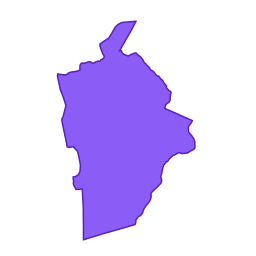 the district of Bela Cruz, Ceará, Brazil, rotated 263°
{"feature_id": "56859067B81960756923809", "entity_name": "Bela Cruz", "entity_type": "district", "adm_level": 2, "iso_a3": "BRA", "parent_name": "Brazil", "parent_adm1": "Ceará", "projection": "albers", "projection_center": [-40.267, -3.072], "detail": "fine", "context": "isolated", "style": "filled", "palette": "violet", "viewbox_px": 256, "rotation_deg": 263, "n_neighbors": 0, "source": "geoboundaries", "source_scale": "gbopen_adm2", "svg_char_len": 2715}
<svg xmlns="http://www.w3.org/2000/svg" viewBox="0 0 256 256"><g transform="rotate(263 128 128)"><path d="M190.3,64.9L188.3,64.3L185.4,64.5L183.4,64.7L179.1,65.1L176.3,65.3L174.1,65.5L171.4,66.3L165.1,67.8L157.9,69.1L156.3,68.5L153.3,67.4L146.7,64.7L145.1,63.5L142.5,63.3L140.9,63.4L137.5,63.7L134.6,63.9L130.9,64.3L128.2,64.5L121.1,65.1L118.6,65.1L116.6,65.4L115.9,66.8L116.1,71.3L111.1,75.0L108.3,75.4L99.8,76.1L96.6,76.2L90.9,75.1L88.9,73.9L87.7,73.1L86.3,70.3L86.1,67.6L84.0,67.4L81.9,67.6L80.0,67.0L78.0,67.1L76.2,67.9L73.5,68.8L73.2,71.1L73.0,73.0L73.0,75.2L53.5,73.8L45.1,72.8L38.3,72.1L22.5,70.2L25.9,89.1L31.3,123.2L33.3,124.2L35.7,124.6L37.2,126.0L38.8,127.5L39.5,129.6L40.8,131.0L42.1,132.3L43.9,132.9L46.6,134.5L48.9,136.7L50.7,138.6L52.4,140.2L54.1,141.4L55.8,142.2L57.5,142.7L59.5,142.7L60.8,143.2L62.0,144.7L64.0,147.2L65.3,149.2L66.4,150.6L67.6,152.0L68.6,153.3L69.7,154.3L71.1,154.9L73.1,155.0L75.8,154.6L77.5,155.2L78.9,156.1L80.9,156.4L82.6,157.2L84.4,157.7L86.7,158.9L88.6,160.7L89.7,162.0L90.2,163.4L91.4,164.5L92.5,165.4L93.9,167.4L95.2,169.1L95.6,171.2L96.7,173.6L97.3,176.0L96.5,177.2L96.0,179.0L95.9,181.3L95.9,183.1L96.3,184.9L97.1,186.4L97.8,188.0L98.6,190.2L99.3,191.5L101.0,192.2L103.2,192.3L105.5,192.6L108.0,192.4L109.7,191.8L111.3,190.9L112.9,190.2L114.3,189.1L116.4,187.7L118.2,187.7L120.0,187.9L121.7,188.1L122.9,188.8L124.2,190.1L125.5,191.6L127.5,192.7L143.0,166.8L144.7,167.5L146.4,168.2L147.7,169.9L148.3,171.4L149.7,172.8L151.5,173.4L153.2,173.5L155.5,174.1L157.5,175.1L159.3,174.6L160.1,173.3L161.4,172.3L163.0,171.1L165.0,171.3L166.7,170.3L168.4,169.0L170.9,168.3L172.5,166.6L174.2,165.7L175.8,164.7L176.2,163.2L177.9,161.9L180.1,160.8L181.6,159.5L183.0,157.4L184.9,156.7L186.3,155.9L187.3,154.9L189.0,153.8L191.1,152.0L193.2,151.4L195.5,150.1L197.0,149.3L198.6,147.5L199.8,146.3L201.5,145.2L201.5,143.6L201.0,141.6L200.3,139.2L199.4,136.8L200.6,134.9L201.6,132.8L203.3,131.3L205.4,130.9L205.6,129.0L214.8,135.8L223.4,142.3L232.9,148.9L233.1,147.3L233.1,145.7L233.2,143.6L233.3,141.1L233.4,138.7L233.5,136.0L233.1,133.5L232.2,131.3L231.0,129.2L229.8,127.8L228.4,126.7L227.2,125.9L226.1,124.9L224.7,123.9L222.8,122.5L221.3,121.2L219.9,120.1L219.0,118.7L218.3,117.3L217.5,115.5L216.6,113.7L215.6,111.9L214.7,110.3L212.3,110.2L209.5,110.9L208.1,111.2L204.8,112.0L202.0,113.2L200.3,112.5L199.5,111.1L198.9,109.5L197.7,108.1L198.0,106.4L197.6,104.3L196.9,102.4L196.4,100.9L197.4,99.7L198.4,98.6L198.5,96.5L197.9,94.4L197.8,91.9L198.0,89.7L196.8,88.3L194.8,87.8L193.4,87.5L191.5,87.6L190.7,84.9L190.6,82.5L190.4,81.0L190.5,79.5L190.3,77.4L189.9,75.8L188.8,74.0L188.3,72.4L188.7,70.4L189.3,68.0L189.7,66.5L190.3,64.9Z" fill="#8b5cf6" stroke="#5b21b6" stroke-width="1.5"/></g></svg>